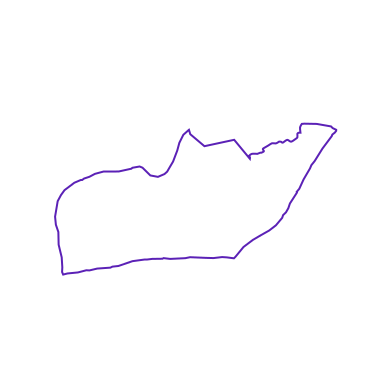 San Antonio Huista, Huehuetenango, Guatemala, rotated 233°
{"feature_id": "79465075B52230984514052", "entity_name": "San Antonio Huista", "entity_type": "district", "adm_level": 2, "iso_a3": "GTM", "parent_name": "Guatemala", "parent_adm1": "Huehuetenango", "projection": "robinson", "projection_center": [-91.777, 15.657], "detail": "fine", "context": "isolated", "style": "outline", "palette": "violet", "viewbox_px": 384, "rotation_deg": 233, "n_neighbors": 0, "source": "geoboundaries", "source_scale": "gbopen_adm2", "svg_char_len": 2547}
<svg xmlns="http://www.w3.org/2000/svg" viewBox="0 0 384 384"><g transform="rotate(233 192 192)"><path d="M243.9,165.5L247.2,159.0L247.1,157.6L252.5,145.8L261.6,133.6L264.9,125.4L265.9,119.2L267.7,113.9L267.7,111.5L268.5,110.5L270.2,103.6L270.2,91.3L268.4,85.5L265.5,79.2L254.7,67.8L247.8,63.6L240.5,61.2L230.2,53.8L218.2,48.6L209.9,43.1L206.3,40.1L203.6,39.4L201.9,43.5L196.4,52.5L193.1,60.5L191.1,62.9L187.9,70.2L180.7,81.3L180.3,83.5L177.2,88.7L172.6,102.8L166.6,113.5L165.1,115.5L162.5,120.0L156.5,128.2L156.3,129.5L151.7,134.3L143.2,146.8L141.1,151.2L131.0,163.5L126.3,169.4L121.9,176.9L118.8,180.5L113.8,185.6L114.1,187.7L117.1,200.1L117.1,211.9L116.0,221.4L114.8,230.4L114.9,239.0L117.1,248.5L118.7,250.8L119.2,254.8L121.1,259.2L123.9,263.3L127.5,273.1L128.4,275.5L129.1,275.7L130.0,279.6L134.9,288.7L139.8,300.4L141.6,303.5L142.9,308.6L148.2,322.4L152.5,337.2L153.4,338.6L153.5,341.9L154.1,344.0L154.9,344.6L158.4,342.8L160.7,342.5L171.3,332.6L178.9,322.9L180.3,320.7L180.1,320.2L179.7,319.1L179.1,318.0L178.6,317.2L177.9,316.7L177.3,316.2L176.6,315.8L176.1,315.5L175.6,315.2L174.1,314.3L174.7,313.6L175.0,313.0L175.2,312.6L175.3,312.1L175.2,311.6L175.1,311.3L175.0,311.1L174.1,310.5L173.8,310.3L173.3,309.9L172.8,309.5L172.3,309.1L172.1,308.6L172.0,308.3L172.0,307.6L172.1,303.9L172.2,302.8L172.4,301.8L172.7,301.4L172.9,301.1L173.6,300.7L174.0,300.5L174.8,300.3L175.4,300.1L175.9,299.8L176.2,299.6L176.4,299.2L176.5,298.9L176.6,298.5L176.7,297.3L176.7,296.1L176.7,295.2L176.7,294.6L176.9,294.1L177.0,293.9L177.5,293.6L177.8,293.6L178.2,293.5L178.7,293.2L178.9,293.0L179.6,292.2L179.7,291.9L179.9,291.6L179.9,291.1L179.9,290.5L180.0,289.5L180.2,288.7L180.3,288.4L180.4,288.1L180.7,287.8L181.6,286.7L182.3,285.9L182.6,285.5L182.8,285.1L182.9,284.6L183.1,283.0L183.2,281.2L183.4,279.4L183.9,275.2L183.8,274.9L183.8,274.7L183.6,274.4L183.3,274.3L183.1,274.2L182.7,274.2L182.1,274.1L181.6,274.1L181.4,274.0L181.3,273.8L181.2,273.6L181.2,273.1L181.3,272.7L181.4,272.0L181.5,271.6L181.6,271.1L181.8,270.9L182.0,270.6L182.2,270.3L182.4,269.9L182.5,269.4L182.7,268.7L182.9,268.1L183.0,267.5L183.1,267.2L183.4,266.9L183.8,266.4L184.5,265.5L186.0,263.5L186.5,262.6L186.6,262.1L186.7,261.2L186.7,260.9L186.6,260.1L186.6,259.4L186.1,259.2L185.6,259.3L185.3,259.1L184.8,259.1L184.2,258.7L183.7,258.2L208.3,257.1L221.1,229.5L239.2,225.4L243.5,227.0L243.5,226.8L242.9,219.5L238.9,211.5L234.0,205.2L227.7,195.2L225.6,190.1L223.2,184.4L222.9,180.8L224.6,173.9L230.3,168.7L241.2,167.1L243.9,165.5Z" fill="none" stroke="#5b21b6" stroke-width="2"/></g></svg>